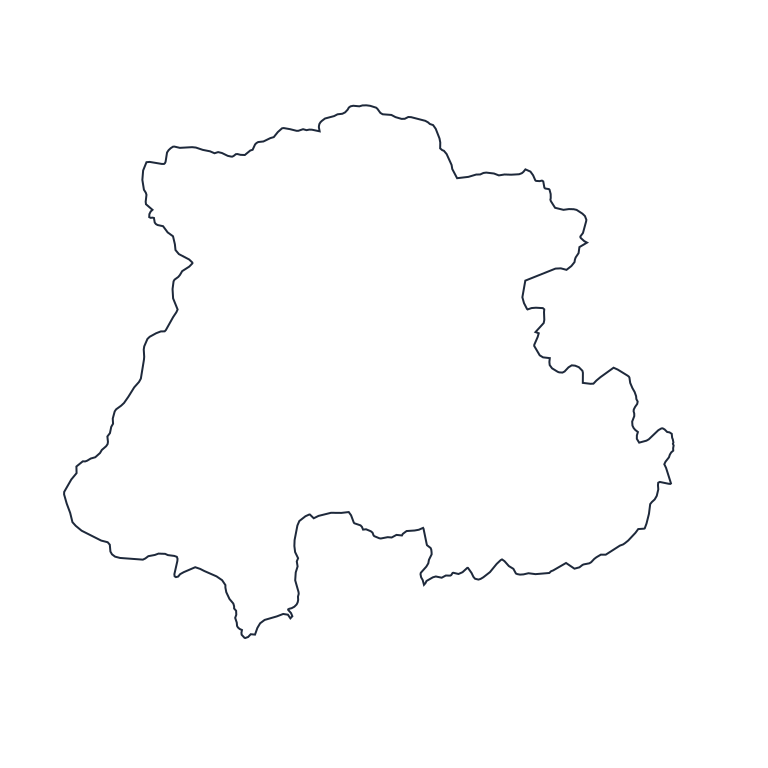 the district of Ba Be, Bắc Kạn, Vietnam, rotated 189°
{"feature_id": "81297802B36883846114124", "entity_name": "Ba Be", "entity_type": "district", "adm_level": 2, "iso_a3": "VNM", "parent_name": "Vietnam", "parent_adm1": "Bắc Kạn", "projection": "robinson", "projection_center": [105.701, 22.41], "detail": "fine", "context": "isolated", "style": "outline", "palette": "slate", "viewbox_px": 768, "rotation_deg": 189, "n_neighbors": 0, "source": "geoboundaries", "source_scale": "gbopen_adm2", "svg_char_len": 6140}
<svg xmlns="http://www.w3.org/2000/svg" viewBox="0 0 768 768"><g transform="rotate(189 384 384)"><path d="M682.7,224.9L678.7,216.3L673.8,207.6L670.1,198.8L666.3,195.7L659.7,191.8L638.8,185.1L632.2,184.5L629.7,182.4L628.0,175.7L626.0,173.2L622.6,171.4L617.5,170.9L594.7,172.8L592.5,174.3L589.8,177.1L583.6,179.3L580.2,181.2L573.6,182.0L570.7,181.2L564.3,181.4L561.6,180.9L560.6,179.1L560.4,176.9L561.3,163.3L560.7,161.3L559.3,160.7L557.2,161.6L555.6,164.3L552.4,166.8L541.8,173.5L536.6,172.6L532.3,171.2L519.3,167.8L513.2,164.9L509.2,160.6L508.8,158.1L507.2,153.7L503.0,147.5L498.5,143.6L497.3,141.1L496.9,138.8L494.6,136.9L493.8,133.0L494.4,129.7L492.1,125.3L491.3,122.1L490.2,120.7L488.3,119.5L485.8,118.8L485.9,116.0L485.4,114.1L482.1,111.5L481.3,111.4L478.6,112.9L476.5,116.0L472.2,116.3L470.9,123.3L468.9,128.3L465.0,132.3L453.5,137.7L447.6,141.1L442.8,141.1L439.8,137.9L438.2,140.3L440.0,143.2L443.3,145.9L443.4,146.4L442.4,147.2L440.2,148.1L437.7,150.0L435.8,152.6L435.1,154.9L435.0,157.3L435.7,160.5L435.4,163.4L435.9,165.2L441.0,176.2L441.7,184.1L440.8,190.3L442.4,195.1L441.6,198.5L445.5,204.1L447.2,210.0L447.9,215.9L447.4,230.7L446.2,235.4L440.9,241.1L437.4,243.4L436.8,243.5L432.4,240.4L428.0,243.5L416.2,248.5L406.0,250.0L398.8,252.0L396.0,249.2L392.1,242.3L391.4,241.8L385.1,240.7L383.5,239.5L381.9,236.9L379.0,237.7L374.0,236.5L372.1,235.4L370.6,232.8L369.8,232.2L364.5,230.9L363.0,230.9L356.4,233.3L352.4,233.6L348.1,236.9L342.6,237.2L342.0,238.9L338.7,242.3L330.8,244.1L326.8,245.5L322.9,248.0L322.3,247.2L316.7,232.3L316.3,231.5L312.3,229.3L311.4,227.8L310.7,225.3L310.3,223.2L312.1,217.4L312.2,213.8L313.6,210.3L318.1,203.3L318.2,201.9L317.1,198.9L315.1,196.4L313.1,191.9L311.9,193.8L311.2,196.1L305.5,200.7L302.7,202.0L296.7,201.7L293.0,204.5L288.6,205.1L287.7,205.8L286.7,208.1L286.1,208.4L280.7,208.0L277.0,210.4L273.0,215.4L272.3,215.5L268.0,211.1L265.5,207.5L263.6,205.9L260.1,205.6L258.1,206.6L255.7,208.6L249.9,214.8L244.6,223.9L241.2,228.3L240.0,229.2L237.3,227.9L232.2,223.7L227.3,221.7L224.1,217.5L222.7,217.1L219.9,217.0L216.4,217.8L211.7,219.7L204.6,219.9L191.2,223.2L189.7,225.2L187.8,226.3L176.2,235.7L167.0,231.4L162.3,233.5L159.6,236.4L158.4,237.1L153.2,239.0L151.5,240.4L149.0,244.1L147.1,246.1L143.1,249.4L138.3,250.1L125.7,261.3L122.8,262.9L121.1,264.5L118.3,267.6L112.4,276.3L110.2,280.5L104.5,281.8L103.9,282.2L102.9,287.2L102.0,297.2L102.3,307.0L101.0,309.3L98.6,312.3L97.1,316.2L96.6,322.9L97.6,327.0L97.7,329.4L96.3,330.4L87.3,330.0L85.6,330.1L85.0,330.7L92.3,345.3L94.6,348.6L93.8,351.3L91.1,356.1L90.6,359.0L89.6,361.4L87.9,363.4L88.4,365.9L88.3,368.6L89.3,370.1L89.0,371.5L90.1,374.5L91.0,376.0L92.0,379.8L94.4,380.9L96.8,380.9L99.7,383.0L101.8,383.8L103.1,383.5L105.8,381.3L113.8,370.8L115.9,369.1L122.8,366.0L125.7,369.4L126.2,372.8L125.7,376.3L128.6,377.9L130.5,379.5L132.1,381.8L133.0,385.7L131.8,391.4L132.2,393.9L133.2,396.1L133.3,397.9L132.4,400.7L130.8,403.9L130.7,406.3L132.4,408.6L133.1,411.4L135.2,415.3L138.0,418.8L141.0,423.6L142.6,428.7L143.3,429.6L144.8,430.4L155.4,434.8L159.8,436.0L171.3,424.6L174.8,420.6L177.2,417.1L180.1,416.5L187.8,416.2L189.3,426.2L190.1,428.1L194.2,431.1L198.1,432.0L201.5,431.8L204.4,429.3L207.6,424.6L209.5,423.2L212.8,422.9L214.3,423.2L220.5,425.8L223.3,428.6L224.1,431.6L224.3,435.5L231.1,435.2L234.7,436.7L241.6,445.1L241.7,446.3L239.6,454.4L239.1,458.3L242.5,459.0L235.8,469.2L235.7,472.4L237.2,480.0L237.4,482.8L239.0,483.8L245.9,483.1L250.1,482.1L253.9,480.1L254.5,480.5L258.4,485.8L260.9,491.3L260.6,508.2L232.7,524.8L227.4,525.9L221.6,525.3L217.4,529.8L214.9,534.2L214.9,536.7L214.5,539.0L212.3,543.7L212.4,549.8L205.6,555.4L208.7,556.5L212.5,559.0L213.1,559.9L213.1,560.5L211.1,564.3L209.8,576.3L209.8,577.8L211.8,581.3L214.7,583.3L221.0,586.1L224.0,586.3L228.7,585.7L234.0,584.1L242.6,584.8L247.8,590.7L248.5,592.1L248.4,593.7L249.1,597.7L250.9,601.8L251.6,602.3L255.3,602.3L256.3,603.0L258.4,609.0L259.8,609.6L262.1,608.7L265.6,608.4L266.4,608.8L269.4,613.5L272.6,616.7L277.9,618.1L279.5,615.3L280.8,613.8L283.4,612.3L291.2,610.6L297.7,609.8L303.2,608.0L308.3,609.1L316.1,608.8L318.8,608.0L321.8,606.0L325.7,605.3L333.0,601.8L344.0,598.7L350.2,607.0L351.5,610.9L358.1,620.9L361.3,623.7L363.1,624.1L365.4,625.5L366.2,631.3L367.6,635.2L372.8,644.1L376.0,647.4L379.4,648.0L381.4,649.3L384.4,650.4L399.0,651.8L401.8,651.5L405.0,649.2L408.2,648.6L414.4,649.4L418.8,650.9L427.5,650.2L430.0,651.2L433.6,654.8L435.0,655.7L441.2,656.6L444.9,656.5L448.8,655.8L451.8,654.4L457.9,654.0L460.5,653.0L462.0,651.5L462.8,649.3L464.9,646.2L467.4,644.4L472.1,643.1L475.2,640.8L483.8,637.0L486.6,634.1L487.7,632.6L488.5,630.7L488.6,628.6L488.5,627.4L487.1,623.5L494.9,623.9L497.5,623.6L500.2,622.6L503.8,623.0L508.2,620.7L510.0,620.4L516.7,621.0L523.1,621.1L524.7,620.6L528.3,616.2L531.5,610.6L534.7,609.1L541.0,604.7L546.1,603.3L547.6,602.1L548.8,600.5L550.4,594.8L552.6,593.7L557.3,588.4L561.6,587.9L564.7,588.2L566.3,587.8L568.1,585.8L569.3,584.9L570.5,584.7L574.0,584.9L580.2,586.8L584.1,587.1L587.5,585.4L592.2,586.6L599.6,586.9L606.8,588.1L610.6,587.9L622.6,585.3L628.1,585.7L629.5,585.4L631.6,583.5L633.3,581.3L634.5,578.7L634.5,569.3L634.9,567.9L635.6,567.0L637.7,566.6L650.2,566.7L653.3,565.9L655.3,557.2L654.6,547.8L651.5,538.3L649.2,535.7L648.2,533.7L647.9,526.7L647.2,524.3L639.9,519.8L641.4,517.9L642.3,515.1L642.0,512.1L640.5,511.6L638.6,512.1L637.2,512.0L635.7,507.6L634.3,506.3L632.5,505.6L626.9,505.3L621.4,499.9L615.5,496.9L612.4,489.3L610.9,483.7L606.9,480.2L595.9,476.5L592.3,474.0L592.1,473.2L594.7,469.5L601.0,463.9L602.6,459.8L603.9,457.6L607.2,454.3L607.9,452.5L607.7,444.7L605.7,435.6L599.5,425.3L600.3,422.4L602.7,417.2L607.9,403.1L608.9,401.7L612.7,401.0L617.0,398.5L622.8,394.0L624.7,391.5L626.7,383.7L626.7,380.5L625.1,373.3L624.9,370.5L625.0,351.3L626.3,347.7L630.2,341.6L634.5,331.4L637.8,324.6L640.2,321.5L644.6,317.1L645.7,314.8L646.5,307.4L645.4,302.4L646.7,299.0L647.0,292.6L649.0,288.9L647.6,283.7L647.6,281.4L648.7,279.1L652.4,274.7L653.7,271.4L657.7,266.5L662.0,264.5L665.2,261.8L667.0,260.8L669.4,260.5L674.9,254.4L673.7,247.9L677.9,240.8L683.0,227.4L682.7,224.9Z" fill="none" stroke="#1e293b" stroke-width="2"/></g></svg>